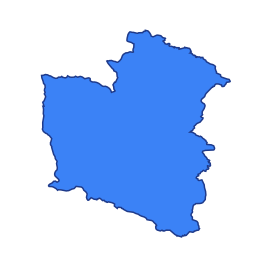 outline of Ankazoabo, Atsimo-Andrefana, Madagascar, rotated 279°
{"feature_id": "10022922B67140219559440", "entity_name": "Ankazoabo", "entity_type": "district", "adm_level": 2, "iso_a3": "MDG", "parent_name": "Madagascar", "parent_adm1": "Atsimo-Andrefana", "projection": "equal_earth", "projection_center": [44.688, -22.132], "detail": "fine", "context": "isolated", "style": "filled", "palette": "blue", "viewbox_px": 256, "rotation_deg": 279, "n_neighbors": 0, "source": "geoboundaries", "source_scale": "gbopen_adm2", "svg_char_len": 5870}
<svg xmlns="http://www.w3.org/2000/svg" viewBox="0 0 256 256"><g transform="rotate(279 128 128)"><path d="M220.7,113.4L216.7,113.1L214.5,113.2L213.8,113.6L213.4,114.7L213.0,118.0L212.1,119.9L212.0,120.7L208.6,121.1L206.7,120.7L205.3,120.8L204.4,121.3L203.9,121.4L203.5,120.5L203.6,118.7L203.4,117.7L202.3,116.0L201.8,114.0L200.0,111.9L198.6,111.2L195.2,110.5L193.0,109.2L191.3,107.5L191.2,106.7L191.7,105.0L191.6,103.6L192.1,101.2L191.7,99.3L191.1,98.0L191.2,97.1L190.8,96.6L188.7,98.2L184.4,103.1L183.5,104.6L182.3,105.0L181.5,107.5L180.8,108.3L177.0,109.3L176.2,110.0L171.2,108.5L171.2,107.6L168.3,106.4L166.5,107.4L164.2,108.0L162.7,109.4L162.2,109.2L160.6,106.1L162.5,105.1L164.2,103.5L164.7,102.2L165.2,101.5L165.7,99.2L165.3,97.7L165.3,96.3L167.5,92.2L168.1,89.9L168.2,87.9L167.9,85.8L168.2,84.4L168.9,83.2L170.6,83.0L171.0,82.7L171.3,82.0L171.3,81.0L169.9,77.6L171.2,74.9L171.5,73.1L171.4,72.5L170.3,70.4L170.9,68.0L169.9,67.1L169.3,64.6L169.2,62.6L170.1,60.2L168.7,59.7L167.8,58.6L167.7,57.1L167.9,56.1L167.8,55.6L168.6,54.5L167.7,53.6L167.3,51.3L166.2,50.4L165.7,48.6L166.2,46.1L167.3,43.4L167.3,42.0L167.9,40.4L167.9,38.0L166.8,36.1L166.4,34.4L164.0,35.1L160.8,36.9L158.7,37.7L157.9,38.9L157.0,39.4L155.1,39.9L153.5,39.5L151.8,39.6L150.2,40.6L148.6,40.0L147.2,41.2L145.9,41.8L141.8,40.9L140.1,39.8L136.4,41.6L136.2,40.5L135.3,41.0L133.0,41.7L128.8,42.1L126.9,43.0L120.0,42.9L115.0,43.8L113.5,43.6L111.3,45.0L109.9,47.6L109.7,48.9L108.7,50.1L108.2,51.5L105.6,54.3L102.3,54.0L101.4,53.7L99.4,54.1L97.7,55.6L97.0,55.6L90.3,58.7L88.3,60.4L86.3,61.0L84.0,63.2L81.6,63.0L77.9,64.4L75.7,64.5L73.9,63.2L71.8,62.7L70.3,62.9L69.1,63.6L66.5,67.4L65.5,68.1L64.8,68.0L63.5,66.7L63.5,66.0L64.2,64.8L63.7,62.9L61.9,61.7L60.2,59.4L59.1,58.6L58.4,58.6L57.9,59.2L58.2,62.1L58.0,63.5L56.8,66.6L55.5,68.2L56.1,68.8L56.4,71.4L56.2,76.8L56.9,79.3L58.9,82.2L59.8,84.3L62.2,85.9L62.4,91.1L61.9,92.3L60.9,93.3L59.7,94.0L58.3,96.4L56.8,97.8L55.8,98.0L53.1,97.8L51.4,98.6L50.4,99.7L50.6,100.5L53.4,102.5L52.3,105.8L52.5,106.7L52.2,108.3L52.4,108.7L53.1,108.7L53.5,110.1L54.1,110.4L54.2,110.8L54.0,111.7L52.4,114.1L52.3,114.6L52.7,115.2L52.8,115.9L51.7,117.0L51.8,118.1L51.3,118.8L51.4,119.4L52.0,120.2L51.7,124.2L50.8,126.7L48.8,126.7L46.9,130.0L47.9,130.4L48.2,130.9L48.4,133.8L47.7,134.3L47.7,134.7L47.4,135.0L47.5,135.7L46.9,136.3L45.5,140.3L45.6,146.4L44.8,149.0L44.4,151.8L43.7,153.0L43.1,155.0L42.6,158.2L41.6,160.3L40.4,161.1L40.3,165.8L39.9,167.1L38.6,168.6L37.3,170.6L36.5,170.9L36.4,171.4L36.0,171.5L35.3,170.9L34.7,170.8L32.8,171.4L31.8,172.8L31.4,176.0L32.4,177.6L31.9,178.4L32.1,179.0L31.8,179.6L33.1,181.8L33.6,185.5L30.3,190.8L29.7,192.2L29.5,193.3L29.0,193.3L29.1,194.0L29.3,194.2L28.8,198.0L30.3,198.7L30.0,199.6L30.5,200.6L31.2,200.6L31.2,201.1L30.8,201.6L31.1,202.3L35.2,205.0L35.2,208.5L36.1,209.6L36.5,209.6L37.0,211.0L37.5,211.5L38.2,213.7L39.8,214.4L40.1,213.8L42.2,213.3L43.4,212.4L45.2,212.0L46.4,210.9L46.8,210.0L47.6,205.9L50.1,205.5L51.3,204.1L52.3,203.8L53.7,204.1L54.7,204.8L55.4,204.8L57.1,204.2L57.7,204.5L60.7,204.5L62.1,204.8L63.1,206.2L63.9,206.7L64.7,210.8L65.2,212.2L66.0,213.5L69.4,215.5L72.1,215.2L74.0,215.4L77.6,214.5L81.0,212.9L83.9,212.1L88.3,209.1L87.3,206.6L87.3,205.8L87.7,205.3L88.7,205.0L88.8,203.8L89.3,203.2L89.8,203.2L90.7,203.5L91.9,205.3L92.4,205.1L92.7,204.5L93.3,204.5L94.3,206.4L95.6,206.7L96.9,208.3L97.6,208.6L98.0,209.3L97.4,210.6L97.4,211.6L98.3,211.6L99.3,212.1L100.0,213.8L101.1,214.1L101.8,212.7L103.1,212.5L103.0,214.3L103.4,215.2L103.8,215.3L104.5,215.2L104.9,214.8L106.0,214.8L106.7,213.9L106.4,213.3L107.2,212.7L107.4,213.3L108.7,213.7L109.0,213.1L109.4,211.2L110.2,210.9L111.4,209.8L112.2,208.4L114.1,207.0L115.6,205.3L116.1,205.3L116.9,205.6L118.0,207.9L119.7,216.1L120.5,216.6L121.6,216.7L123.8,215.4L124.4,212.9L124.1,208.4L124.7,208.1L126.0,208.4L126.9,207.2L127.9,206.8L128.5,205.3L128.9,205.0L129.5,203.5L130.8,202.0L131.2,200.6L130.8,200.2L130.7,199.6L131.2,198.6L131.6,196.3L132.6,195.5L133.6,193.0L133.9,190.9L133.7,189.9L134.9,190.9L135.7,192.2L137.0,192.5L138.4,193.7L140.0,193.0L140.6,193.4L141.4,194.2L142.1,194.5L143.3,195.5L145.1,198.3L148.8,200.5L149.7,200.5L150.1,198.8L150.7,198.1L152.8,199.6L153.6,199.0L155.9,198.8L159.1,200.2L161.5,200.6L162.5,200.5L163.8,199.5L164.4,197.9L165.5,196.3L166.6,195.9L168.0,196.3L171.0,198.8L173.2,199.2L174.5,199.8L181.2,204.5L181.5,205.3L182.4,205.5L182.7,206.7L184.4,207.2L185.0,207.7L185.5,209.0L185.6,211.1L185.2,212.7L185.2,213.6L184.3,213.9L183.7,214.5L183.9,215.6L184.5,216.6L184.9,216.6L186.8,217.8L188.5,218.2L189.5,221.2L189.9,221.6L190.3,221.5L191.8,220.3L191.9,218.1L192.9,212.4L193.6,211.4L194.8,211.2L195.2,210.6L196.1,206.8L197.5,206.5L198.3,205.8L200.8,204.7L202.2,204.8L202.7,204.5L203.6,202.8L203.9,201.8L204.1,199.3L205.5,195.7L205.6,195.2L207.1,194.1L208.0,191.6L209.4,190.9L209.2,189.4L208.7,189.0L209.2,188.3L209.4,187.3L209.1,186.2L209.3,184.4L208.5,184.6L208.4,184.2L208.8,183.6L209.6,183.5L210.1,182.9L210.3,182.3L209.9,181.9L210.8,180.0L211.2,180.0L211.5,179.6L211.8,178.9L211.8,177.6L212.6,178.4L213.2,178.0L213.5,178.2L213.6,177.8L214.3,177.9L215.8,176.8L216.3,176.0L216.1,174.9L216.4,174.6L216.3,173.8L216.5,173.3L216.1,172.1L216.7,171.5L215.8,170.8L213.8,166.1L214.2,165.9L214.6,166.5L215.3,165.9L215.1,164.3L214.8,163.9L215.4,161.3L214.7,161.4L214.4,161.1L215.3,159.7L215.5,157.5L215.3,156.1L216.1,155.6L216.9,155.7L217.3,156.2L217.7,156.0L217.9,155.5L217.7,154.4L216.8,153.6L217.0,151.8L217.1,151.3L218.2,150.6L219.1,149.1L219.6,149.1L220.4,150.7L221.6,150.3L222.2,151.0L222.5,150.8L222.7,148.2L224.3,146.0L224.4,142.8L224.1,141.7L222.1,138.8L222.0,138.0L222.5,136.4L223.7,135.9L225.7,134.2L227.0,132.5L227.2,129.8L226.3,129.8L225.7,128.2L224.5,127.6L223.7,123.6L223.1,122.8L223.0,121.7L223.3,118.5L223.1,116.7L223.3,115.9L223.2,114.8L222.1,114.0L221.0,113.8L220.7,113.4Z" fill="#3b82f6" stroke="#1e3a8a" stroke-width="1.5"/></g></svg>